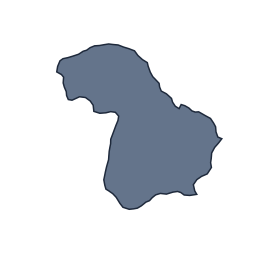 outline of Engenheiro Coelho, São Paulo, Brazil, rotated 222°
{"feature_id": "56859067B14377814131316", "entity_name": "Engenheiro Coelho", "entity_type": "district", "adm_level": 2, "iso_a3": "BRA", "parent_name": "Brazil", "parent_adm1": "São Paulo", "projection": "robinson", "projection_center": [-47.172, -22.479], "detail": "fine", "context": "isolated", "style": "filled", "palette": "slate", "viewbox_px": 256, "rotation_deg": 222, "n_neighbors": 0, "source": "geoboundaries", "source_scale": "gbopen_adm2", "svg_char_len": 1463}
<svg xmlns="http://www.w3.org/2000/svg" viewBox="0 0 256 256"><g transform="rotate(222 128 128)"><path d="M32.5,124.7L36.3,125.9L41.5,129.6L42.3,135.7L41.0,141.2L38.4,146.9L39.6,154.5L43.4,157.5L45.8,161.1L49.1,165.4L50.6,171.5L50.7,177.7L51.1,182.8L55.2,181.4L60.0,184.0L63.7,187.5L67.6,188.9L73.1,190.3L78.9,188.9L82.2,188.2L86.3,187.3L88.7,184.8L91.9,183.5L96.1,183.6L100.7,182.6L104.2,181.0L103.0,176.6L107.4,175.8L112.1,177.0L115.5,179.1L122.3,179.1L128.0,177.7L131.9,179.6L134.8,182.0L138.4,182.3L144.0,182.7L148.8,184.4L154.4,187.4L157.4,189.5L163.0,188.5L169.2,188.5L174.8,189.7L180.5,187.5L185.4,185.2L190.9,183.1L194.9,180.1L198.6,177.5L201.6,173.8L204.4,170.2L207.8,166.7L209.9,162.4L210.8,158.1L212.7,155.0L214.1,149.7L217.3,144.1L219.8,140.0L222.7,136.0L223.5,132.4L221.5,126.7L218.5,122.0L213.2,123.2L209.9,122.7L206.3,118.1L202.7,115.8L198.2,113.7L195.3,111.0L191.4,109.2L188.2,111.2L184.9,118.8L180.0,122.2L174.1,122.8L169.1,121.6L164.5,117.5L158.8,120.1L154.6,124.5L151.8,128.6L147.9,131.2L142.9,130.6L140.5,126.9L138.6,121.6L136.3,115.8L134.8,112.0L133.3,108.1L130.4,104.7L128.5,101.5L126.3,98.0L121.2,91.4L117.9,84.7L115.5,80.4L111.3,73.3L107.0,70.0L103.5,67.8L100.3,68.4L95.4,69.0L90.4,68.6L83.6,66.6L78.7,65.7L72.7,68.4L69.8,71.6L67.4,74.7L66.0,79.1L65.1,84.9L63.4,88.4L63.4,92.4L62.7,96.8L60.2,101.0L55.2,104.6L51.7,110.4L48.7,114.0L45.6,115.4L41.4,115.8L37.0,119.2L32.5,124.7Z" fill="#64748b" stroke="#1e293b" stroke-width="1.5"/></g></svg>